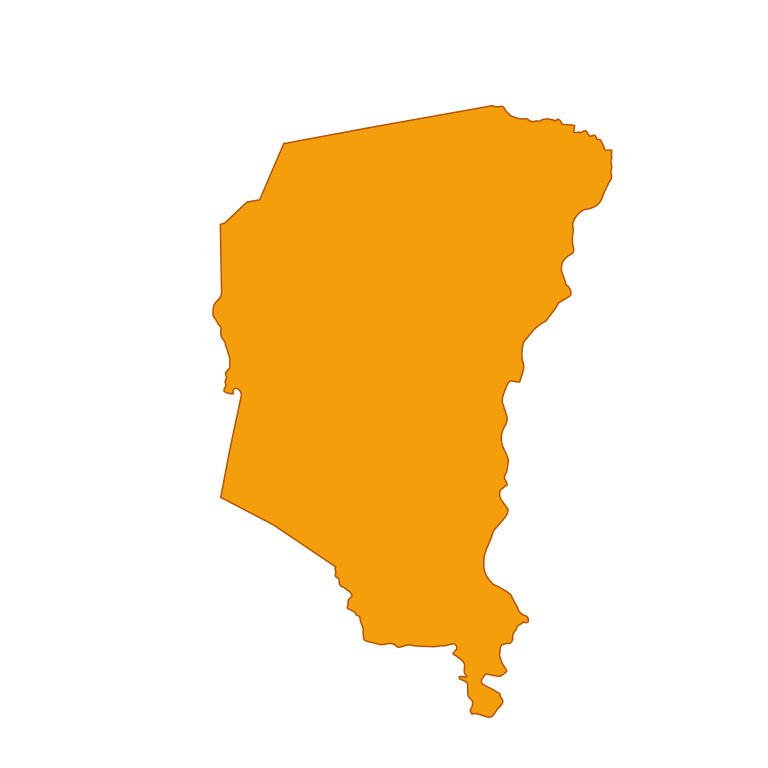 the district of Talgua, Lempira, Honduras, rotated 104°
{"feature_id": "27666195B88507723108763", "entity_name": "Talgua", "entity_type": "district", "adm_level": 2, "iso_a3": "HND", "parent_name": "Honduras", "parent_adm1": "Lempira", "projection": "robinson", "projection_center": [-88.718, 14.682], "detail": "fine", "context": "isolated", "style": "filled", "palette": "amber", "viewbox_px": 768, "rotation_deg": 104, "n_neighbors": 0, "source": "geoboundaries", "source_scale": "gbopen_adm2", "svg_char_len": 6098}
<svg xmlns="http://www.w3.org/2000/svg" viewBox="0 0 768 768"><g transform="rotate(104 384 384)"><path d="M144.1,216.6L134.4,214.5L130.3,213.2L128.5,213.2L126.3,213.7L124.9,214.9L124.3,215.1L118.3,215.4L115.4,216.8L112.5,217.8L111.3,218.0L110.2,217.6L109.6,217.5L109.0,217.7L108.3,218.5L107.7,218.8L105.2,218.8L102.7,219.4L102.1,219.9L102.1,220.6L102.3,221.6L103.0,222.8L103.3,223.8L103.5,225.4L103.4,226.0L102.2,227.2L99.6,228.8L95.0,232.7L94.6,233.6L94.9,235.2L94.9,236.6L93.3,237.9L91.6,239.8L91.7,240.4L92.7,241.8L93.9,244.3L90.3,248.3L89.7,249.3L89.5,250.1L89.9,250.9L92.9,254.3L92.9,254.7L92.4,255.2L92.3,255.8L92.5,256.4L93.5,257.9L93.7,260.4L93.4,260.9L92.5,261.2L87.7,261.4L87.1,261.6L87.2,264.3L88.4,270.3L88.7,272.5L88.6,273.7L88.5,274.4L88.2,274.8L86.9,275.6L86.1,276.4L85.4,277.8L84.9,279.0L85.2,279.6L86.5,280.6L87.6,282.1L87.5,282.7L86.9,283.0L86.8,283.3L87.2,289.4L88.9,294.0L90.4,295.5L91.5,296.1L91.8,296.5L91.8,296.8L91.4,297.4L91.6,298.9L92.1,300.4L93.3,302.3L93.6,303.8L93.3,306.5L92.9,307.6L92.2,308.7L92.1,309.3L92.7,312.4L93.9,316.2L93.8,320.1L93.3,325.1L92.8,326.4L90.7,330.0L88.8,332.8L86.8,334.5L86.3,335.4L86.1,336.3L86.2,337.4L87.2,339.8L88.1,342.8L88.1,343.5L87.6,345.4L87.8,346.9L88.9,348.8L138.3,459.1L175.0,539.4L235.4,549.2L240.6,561.0L266.4,577.5L268.7,581.4L334.7,563.7L336.7,563.5L339.4,563.9L341.3,564.7L346.6,567.5L348.8,568.1L350.3,568.1L353.4,567.7L356.3,567.2L358.6,566.6L360.3,565.3L362.5,562.6L367.2,558.0L367.8,556.7L368.4,556.0L370.1,555.4L372.2,555.3L373.3,555.0L375.2,554.3L377.1,553.4L378.2,552.6L382.1,548.2L384.4,547.3L389.2,544.1L392.1,542.5L394.6,540.8L397.0,539.6L398.2,539.2L402.1,538.5L404.1,537.8L405.7,537.7L406.4,537.9L410.6,540.1L411.8,540.4L413.4,539.8L415.7,538.4L416.7,538.3L419.2,538.7L420.4,538.7L421.2,538.4L422.4,537.6L424.0,537.1L424.9,537.1L427.0,537.8L429.5,537.7L429.6,536.9L430.3,536.1L430.4,535.6L430.7,532.7L430.5,531.4L430.5,529.5L430.0,528.1L429.6,527.9L428.8,528.4L427.2,528.7L425.6,528.4L424.9,528.0L424.4,527.4L424.1,526.8L423.9,525.8L424.2,524.2L425.4,522.2L426.7,521.0L429.0,519.7L485.6,517.7L533.5,515.0L547.4,457.4L573.1,386.7L574.9,387.0L577.2,385.7L578.4,385.3L579.6,385.0L581.0,385.1L581.8,384.9L582.9,383.9L583.3,381.8L584.4,380.5L585.6,379.8L587.7,379.4L589.8,377.9L590.8,376.6L591.0,374.1L591.6,372.4L592.8,370.2L593.7,367.4L594.7,365.8L595.9,364.6L597.0,363.9L597.8,363.8L601.3,366.1L602.3,366.4L604.0,366.2L606.6,365.5L608.6,365.8L610.1,365.4L610.5,365.0L610.8,364.2L612.2,357.7L614.8,355.1L614.9,354.5L615.0,352.8L615.8,351.2L620.2,349.3L626.1,345.1L630.8,343.9L635.0,342.6L636.6,341.6L637.4,340.5L637.6,339.3L637.8,337.0L637.7,323.6L636.5,320.5L634.6,316.5L634.2,315.0L634.0,313.3L634.3,310.9L634.7,309.9L635.7,308.0L636.0,306.8L636.1,305.9L632.1,299.0L631.3,297.1L630.8,294.8L630.6,290.4L629.7,285.3L626.6,271.1L624.2,265.2L623.6,262.6L623.1,261.2L619.6,254.7L619.2,253.1L619.4,252.0L620.0,251.1L620.8,250.3L621.9,249.7L622.8,249.5L624.3,249.7L627.6,251.4L629.1,251.8L629.6,251.2L630.5,247.8L632.9,242.3L634.5,239.7L636.1,238.3L638.3,237.5L642.9,236.8L644.4,236.3L645.7,235.4L646.9,233.6L647.5,233.0L647.8,232.9L648.3,233.3L648.6,234.1L649.0,237.5L649.4,239.8L649.9,240.2L650.8,240.1L651.5,239.5L652.0,238.6L652.7,234.1L653.5,231.6L654.1,230.9L656.1,230.0L664.9,227.5L665.9,227.1L667.3,225.9L669.6,222.2L670.2,221.5L672.6,220.8L675.3,220.5L676.3,220.6L678.7,221.4L680.0,221.3L681.5,220.5L683.1,218.5L682.1,217.4L681.7,215.6L681.6,212.3L682.1,204.1L681.9,201.5L681.3,200.0L680.1,198.7L678.7,197.7L672.6,195.5L668.0,193.0L666.1,192.1L664.0,191.8L662.5,192.2L661.5,192.9L660.1,194.5L659.1,195.4L658.3,195.9L656.9,196.4L656.5,196.7L656.0,197.8L655.4,200.4L654.2,204.0L652.5,211.8L651.5,214.9L650.8,216.3L649.9,217.2L649.2,217.6L648.0,217.7L646.4,217.4L644.2,216.7L642.0,215.7L640.7,214.9L640.5,213.7L640.5,210.1L640.1,204.3L639.6,200.9L639.1,200.1L637.6,198.7L635.2,196.7L633.7,195.8L632.8,195.5L632.1,195.8L630.6,197.3L627.9,200.4L626.1,202.0L624.2,203.4L619.6,206.1L618.6,206.5L615.9,206.6L612.3,207.4L610.5,207.3L608.9,206.7L607.8,205.5L606.2,202.4L605.4,199.6L605.0,198.9L604.4,198.4L602.7,197.7L600.7,197.4L599.3,197.6L597.5,198.3L596.0,198.3L593.1,197.6L589.6,196.1L587.6,196.1L587.0,196.0L585.5,194.9L583.1,192.5L581.6,191.4L581.4,190.8L581.4,189.0L580.6,187.2L579.8,186.6L578.5,186.6L576.6,187.4L575.9,188.0L575.2,189.0L574.7,190.3L574.5,192.3L574.1,194.0L573.0,196.3L572.0,197.8L570.9,198.9L567.9,200.9L561.1,207.3L558.4,209.4L557.3,210.9L555.9,214.0L554.4,218.9L552.8,224.9L551.9,229.5L551.5,230.3L549.7,233.1L546.8,236.7L544.2,239.1L541.6,240.9L538.3,242.5L535.1,243.5L532.6,244.1L529.2,244.7L525.2,245.1L520.5,244.7L507.6,242.8L501.0,242.3L499.7,242.0L498.1,241.3L491.2,237.7L483.5,234.0L479.8,233.1L477.1,233.0L475.9,233.3L474.8,234.1L470.3,239.6L467.1,243.1L465.2,244.3L463.1,245.2L460.4,245.5L458.4,245.0L454.8,242.5L452.6,240.5L451.9,240.1L450.5,240.9L449.0,241.9L446.9,243.9L445.4,244.6L442.8,244.6L440.3,243.9L439.3,243.8L434.7,244.1L428.0,244.9L426.7,245.5L421.9,248.7L417.3,252.6L415.2,254.1L412.7,255.5L410.0,256.6L406.0,257.6L401.9,257.7L398.5,257.3L393.4,255.9L390.8,255.8L388.0,256.0L386.7,256.5L384.7,257.5L373.1,264.8L370.9,265.4L367.4,265.7L362.0,265.3L355.9,264.4L353.3,263.9L351.5,263.0L350.7,262.2L350.3,261.3L349.5,253.5L349.1,252.9L341.0,252.3L336.6,252.2L334.3,252.4L332.9,252.7L331.1,253.3L327.6,255.4L325.6,256.3L321.6,257.5L317.6,258.2L314.3,258.6L310.5,258.7L308.7,258.3L294.6,251.5L288.2,246.8L283.5,242.1L269.4,236.0L265.7,235.0L262.8,233.9L253.9,225.0L252.8,224.4L250.6,224.5L248.3,225.4L247.0,226.4L245.7,227.6L244.8,228.9L243.9,230.7L243.0,231.7L237.7,234.9L232.3,238.6L230.5,239.4L228.8,239.9L226.6,240.2L224.2,240.3L222.4,240.1L220.4,239.5L218.2,238.4L215.4,236.5L214.4,235.6L213.0,233.8L211.9,233.0L210.7,232.4L209.2,232.2L207.1,232.5L203.1,234.7L198.3,236.2L195.4,236.8L189.2,237.5L187.7,237.9L184.2,239.4L182.7,239.6L180.9,239.6L177.8,239.0L174.5,237.9L171.5,236.4L169.0,234.6L167.4,233.1L166.3,231.7L165.7,230.5L164.3,227.2L162.7,224.7L159.8,221.3L157.7,219.7L154.6,218.3L151.6,217.5L144.1,216.6Z" fill="#f59e0b" stroke="#b45309" stroke-width="1.5"/></g></svg>